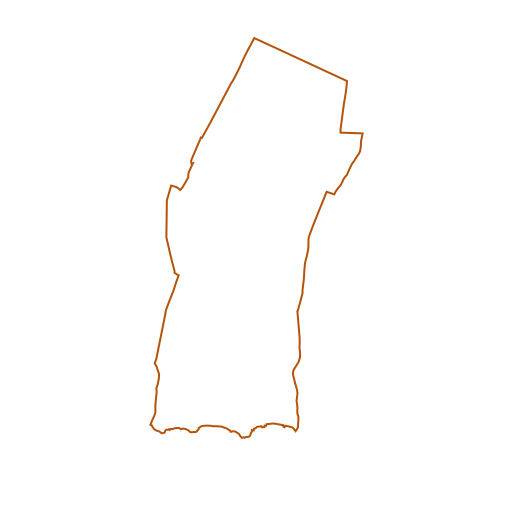 the district of Aana Alofi I, A'ana, Samoa, rotated 203°
{"feature_id": "51752279B79579016440908", "entity_name": "Aana Alofi I", "entity_type": "district", "adm_level": 2, "iso_a3": "WSM", "parent_name": "Samoa", "parent_adm1": "A'ana", "projection": "natural_earth1", "projection_center": [-171.93, -13.846], "detail": "fine", "context": "isolated", "style": "outline", "palette": "amber", "viewbox_px": 512, "rotation_deg": 203, "n_neighbors": 0, "source": "geoboundaries", "source_scale": "gbopen_adm2", "svg_char_len": 2343}
<svg xmlns="http://www.w3.org/2000/svg" viewBox="0 0 512 512"><g transform="rotate(203 256 256)"><path d="M236.4,438.3L238.9,447.5L240.6,452.6L307.7,454.8L342.7,455.9L344.0,441.9L344.5,434.9L344.7,426.2L344.7,423.6L345.4,412.4L345.9,407.6L346.4,405.0L350.2,360.4L351.9,343.8L353.0,343.6L353.0,318.3L351.5,315.8L350.3,316.8L350.6,308.0L350.4,305.1L349.0,301.8L350.4,290.9L351.5,287.2L353.9,288.0L356.3,288.3L361.6,287.7L359.8,272.4L345.8,238.2L338.1,227.5L331.0,217.9L326.5,212.1L325.2,210.5L324.3,208.6L319.6,207.9L319.3,201.5L318.4,191.3L318.2,181.6L317.7,170.5L316.6,166.3L308.3,125.9L307.6,122.5L307.3,117.6L304.0,115.1L302.5,113.2L299.0,109.3L297.5,105.1L296.4,99.9L296.1,95.5L294.2,91.8L292.2,85.1L290.1,78.7L287.4,72.5L287.2,68.6L287.3,66.2L287.3,59.4L285.7,59.4L284.3,58.0L281.9,56.8L280.4,56.4L276.3,56.7L274.1,56.1L273.0,56.2L271.1,57.8L271.3,59.7L270.7,61.0L269.0,61.8L268.4,62.6L267.4,62.2L266.8,63.6L265.2,64.0L263.8,65.5L260.4,67.4L259.3,67.6L257.2,67.1L256.2,68.4L254.2,69.1L251.3,69.2L250.3,69.1L247.8,68.2L246.2,68.6L244.6,69.7L243.2,70.1L241.9,71.3L241.9,72.4L241.1,73.6L241.5,75.4L239.7,78.0L237.6,79.4L234.4,80.9L231.2,82.1L229.4,82.4L224.9,84.2L221.0,85.5L215.6,85.8L211.7,85.2L210.7,84.3L208.5,85.8L206.4,86.3L202.0,85.6L199.8,83.8L198.0,83.2L196.7,84.2L195.4,84.2L194.6,85.4L191.8,86.9L191.3,88.3L191.4,91.9L191.1,92.6L191.8,94.1L189.9,94.6L190.4,96.2L189.5,96.9L188.2,99.2L184.4,101.4L183.7,100.7L181.5,101.7L181.8,103.2L180.4,103.6L180.5,105.4L179.9,105.6L175.2,108.3L173.0,109.1L164.7,110.9L164.2,109.6L162.8,109.6L162.6,111.2L160.5,111.7L155.8,112.4L154.8,112.2L151.1,110.2L150.4,114.4L153.8,124.1L156.0,126.7L157.6,129.7L158.4,132.2L160.4,135.9L162.0,138.3L164.2,145.9L165.9,148.8L170.3,154.2L176.0,161.9L176.5,163.1L176.9,165.8L175.8,172.5L175.4,175.5L176.0,180.2L177.0,182.8L180.8,190.0L181.4,192.0L183.8,197.6L196.3,221.3L196.1,221.4L197.2,230.3L198.7,240.3L199.7,242.3L202.9,253.4L206.1,262.3L208.1,268.6L209.0,274.7L210.5,282.2L211.6,285.6L214.1,291.5L214.7,294.0L215.0,297.1L215.4,307.2L216.1,342.7L208.0,343.3L208.0,345.7L207.5,348.5L205.6,355.1L205.5,360.0L205.1,362.9L204.0,366.4L203.9,374.2L203.7,378.0L202.8,381.9L202.0,387.1L201.3,390.4L201.1,392.8L202.2,397.5L204.2,402.6L205.0,407.0L205.8,410.5L226.4,402.6L227.6,405.4L234.5,430.3L236.4,438.3Z" fill="none" stroke="#b45309" stroke-width="2"/></g></svg>